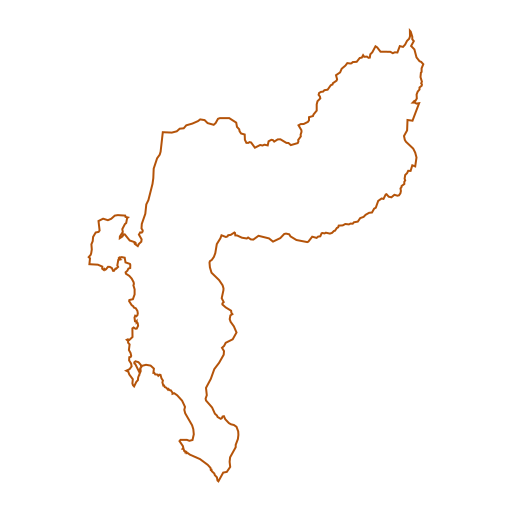 Pisco, Ica, Peru
{"feature_id": "86281439B1957856782963", "entity_name": "Pisco", "entity_type": "district", "adm_level": 2, "iso_a3": "PER", "parent_name": "Peru", "parent_adm1": "Ica", "projection": "natural_earth1", "projection_center": [-75.992, -13.889], "detail": "fine", "context": "isolated", "style": "outline", "palette": "amber", "viewbox_px": 512, "rotation_deg": 0, "n_neighbors": 0, "source": "geoboundaries", "source_scale": "gbopen_adm2", "svg_char_len": 6044}
<svg xmlns="http://www.w3.org/2000/svg" viewBox="0 0 512 512"><path d="M345.4,65.6L341.7,68.7L340.1,72.4L336.0,75.2L337.1,79.3L336.5,80.7L332.9,83.2L332.5,84.5L330.8,85.2L327.6,89.7L324.4,90.2L323.1,91.6L320.9,91.9L319.1,93.0L318.6,94.8L319.9,96.5L320.3,98.4L317.5,101.2L316.7,104.4L316.7,110.6L313.5,114.5L313.0,116.0L309.0,117.2L309.0,120.3L307.9,121.9L303.7,124.0L300.7,124.1L298.5,125.3L301.4,130.2L301.5,131.9L300.6,134.7L300.8,136.4L298.2,140.0L298.4,141.6L297.7,143.1L290.8,145.1L288.5,143.0L286.4,142.9L280.4,139.3L277.7,139.4L274.2,141.6L272.9,140.1L271.4,139.8L268.6,141.3L267.7,145.4L264.5,144.7L262.5,145.5L260.2,145.0L254.9,147.7L251.1,142.5L249.5,142.1L248.3,142.9L246.4,142.9L244.9,139.8L244.7,134.5L241.1,133.5L239.6,131.3L239.2,129.3L237.0,126.9L236.2,122.6L229.2,118.1L220.0,118.1L218.0,118.8L215.6,123.1L213.7,124.8L207.6,123.1L204.6,120.1L200.2,119.4L198.0,121.1L192.3,123.6L186.3,125.3L183.7,128.3L179.7,128.7L176.8,131.3L171.8,132.6L162.8,132.2L160.6,151.7L159.7,154.7L157.1,158.3L153.7,168.6L153.3,178.2L152.5,183.9L148.4,200.1L146.3,204.4L145.3,213.8L141.8,223.9L141.5,228.4L142.7,230.4L142.6,231.6L141.7,232.6L140.2,232.4L138.9,234.6L141.6,239.3L141.3,241.7L139.0,243.8L137.8,246.1L134.8,243.9L134.4,242.8L135.3,242.7L134.8,242.2L129.7,240.5L124.8,234.4L123.7,234.3L122.4,236.5L119.8,238.2L119.9,236.4L122.8,232.0L122.3,229.1L124.9,224.1L126.2,223.0L127.1,218.2L127.9,217.5L125.5,216.9L125.2,215.6L117.8,215.1L114.8,215.6L111.2,218.8L107.9,220.2L103.1,218.7L98.5,221.0L99.6,230.5L98.6,231.9L95.7,232.5L93.1,236.9L92.7,241.2L91.4,244.3L91.8,249.5L91.2,253.2L90.7,254.8L88.7,257.1L90.0,258.3L89.4,264.2L97.9,264.7L102.3,266.6L102.2,268.7L103.9,270.0L104.4,268.9L105.3,269.7L106.0,269.3L108.0,266.8L109.9,266.9L111.9,268.1L113.1,270.9L113.9,270.9L115.5,268.6L116.1,268.8L118.1,266.9L117.3,265.4L118.3,259.9L120.1,259.5L118.9,258.7L118.8,258.0L119.6,257.3L120.3,257.3L120.4,257.9L121.7,257.1L124.7,257.7L125.5,262.4L129.9,263.9L130.3,264.9L130.2,268.0L128.4,268.6L127.4,270.7L125.6,272.3L125.9,273.7L129.3,275.9L131.7,278.6L133.6,282.2L133.9,284.0L133.4,285.3L134.6,289.3L134.6,294.4L132.9,299.2L129.4,300.0L129.1,301.1L131.7,305.2L133.3,306.3L133.8,307.5L135.8,308.3L137.4,310.9L137.8,313.3L137.4,315.2L136.3,316.3L135.2,315.7L134.5,317.6L135.0,321.3L136.2,321.8L136.6,321.3L136.6,322.3L136.9,322.0L137.7,323.2L138.1,325.8L136.7,328.6L135.4,328.7L133.6,327.5L132.4,328.4L132.5,337.0L129.3,340.0L127.9,339.3L126.8,339.8L128.1,341.0L128.1,342.7L129.6,344.4L128.9,350.0L130.6,353.1L131.2,355.9L130.7,356.9L129.3,357.2L129.1,360.4L131.1,363.5L131.6,366.4L129.5,369.2L126.3,370.7L128.3,371.7L129.3,374.5L132.8,379.2L132.4,383.4L133.0,385.2L134.1,386.4L136.3,381.9L137.9,380.1L138.2,377.3L140.7,371.1L140.3,367.5L139.6,372.7L135.3,364.1L134.4,363.5L134.3,362.3L135.5,361.3L138.5,362.2L140.8,364.9L141.2,367.2L142.1,365.8L146.0,364.8L150.6,365.6L153.9,368.6L153.4,372.9L154.3,372.9L155.2,374.4L157.6,374.6L158.3,375.8L159.6,374.7L160.5,374.9L161.5,378.4L162.9,380.5L162.4,382.4L163.3,385.6L164.1,385.5L164.8,387.1L166.3,387.7L168.0,389.7L168.5,389.0L169.7,390.2L170.8,390.3L172.5,392.7L172.5,393.8L174.2,393.2L177.2,395.3L182.1,400.7L185.0,406.9L184.3,409.8L185.2,413.3L192.1,425.3L193.3,429.2L193.8,434.3L192.5,440.0L189.4,440.8L187.0,439.9L180.5,439.9L179.5,441.1L182.9,446.1L183.3,447.9L182.6,448.8L183.6,449.0L184.3,451.1L185.4,451.3L185.4,452.3L186.4,452.1L186.5,453.2L187.8,453.1L189.8,454.6L200.0,459.1L207.8,464.9L210.5,467.9L210.8,469.9L211.5,469.8L211.8,471.2L214.3,473.5L214.8,475.1L216.9,477.3L217.5,480.5L218.4,481.3L223.2,472.6L226.8,471.9L230.2,466.9L229.6,461.8L230.1,457.3L235.7,447.2L235.7,444.8L237.9,439.0L238.4,434.9L238.2,431.4L236.5,426.8L233.9,425.0L231.0,424.3L228.9,423.1L225.3,419.3L223.9,416.2L222.6,416.5L221.8,418.2L220.7,418.8L217.6,417.0L216.9,415.5L214.9,413.7L212.1,407.5L206.0,400.5L205.6,398.6L206.8,395.2L206.0,387.9L210.8,378.9L214.3,369.1L219.1,362.8L223.7,354.7L224.0,351.1L222.0,347.8L224.1,345.9L225.7,342.8L232.7,339.3L236.5,332.5L233.9,326.4L230.6,321.8L229.7,319.1L230.4,315.4L232.4,314.1L231.4,312.9L231.1,310.7L225.7,307.4L222.4,304.5L222.4,303.4L223.7,302.1L221.7,298.2L223.4,290.4L223.5,288.4L222.6,285.3L219.1,280.1L211.5,272.7L209.9,267.3L209.5,262.6L209.9,261.2L211.8,259.9L213.9,256.9L215.3,253.1L216.8,244.1L220.4,238.3L221.5,235.3L225.9,237.0L227.5,236.4L228.2,235.2L230.7,234.9L234.4,232.5L235.0,233.0L235.3,235.4L237.2,235.5L241.9,237.7L246.8,238.5L248.1,237.5L250.8,239.4L253.3,239.6L258.5,235.8L269.0,238.4L273.0,241.6L280.3,238.1L284.2,234.0L286.0,233.6L289.2,234.3L290.5,236.4L296.4,240.0L307.3,242.1L308.4,241.6L312.2,236.7L316.6,237.9L318.1,236.6L320.3,236.3L321.6,233.3L322.3,233.0L324.6,233.4L325.8,232.7L329.9,233.6L332.0,232.9L333.9,231.0L335.0,230.7L336.8,228.0L338.2,227.3L338.7,225.6L342.7,225.4L345.3,224.0L348.9,224.4L350.5,223.6L352.7,223.7L353.9,222.3L357.8,221.6L360.2,218.1L363.6,216.9L365.6,214.8L369.1,212.8L372.0,212.5L374.1,208.7L375.8,207.7L378.2,200.9L381.6,198.5L383.5,198.9L385.7,194.5L386.5,194.2L388.7,196.7L391.4,197.3L394.4,194.8L397.5,195.7L399.0,195.3L400.4,193.3L400.9,191.0L400.5,188.4L401.4,187.4L401.6,186.0L404.3,184.0L404.3,181.8L405.2,180.4L404.6,178.7L405.2,175.0L407.1,173.1L408.2,170.8L410.6,170.9L412.3,165.3L415.2,166.4L416.5,157.5L415.2,152.6L413.2,148.6L405.9,141.7L404.8,139.8L404.0,136.0L407.1,130.4L407.5,120.0L412.5,120.7L419.1,103.2L416.5,103.6L414.7,102.6L412.8,102.6L414.4,100.9L415.4,100.9L416.8,98.5L416.6,94.5L417.7,91.6L419.5,89.5L419.5,87.5L421.7,85.7L421.9,84.3L421.2,83.3L421.9,81.7L420.5,77.1L420.9,72.7L421.6,71.9L421.6,68.3L423.3,64.2L421.2,61.9L419.5,61.2L416.5,57.4L414.4,49.4L411.1,46.0L413.8,41.1L412.3,39.3L412.3,36.8L410.7,31.6L409.9,30.7L410.0,36.3L409.2,38.7L407.0,40.9L405.1,44.6L403.0,46.9L399.8,46.1L397.4,52.5L394.8,52.3L392.8,53.2L390.3,51.8L380.5,51.7L377.2,47.4L375.5,46.3L372.3,52.3L370.3,54.3L369.8,57.6L368.5,57.8L366.9,56.6L364.2,56.8L363.1,55.2L361.8,57.6L359.7,58.0L356.7,61.8L352.7,62.1L351.5,63.3L350.3,63.5L347.3,63.1L345.4,65.6Z" fill="none" stroke="#b45309" stroke-width="2"/></svg>